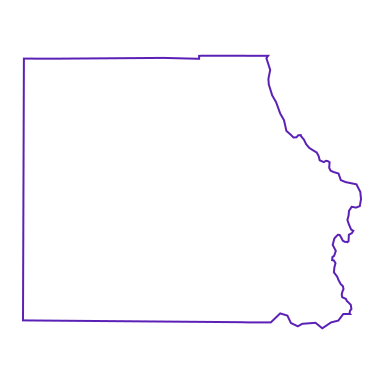 outline of Eagle, Colorado, United States of America
{"feature_id": "52423323B31771107435040", "entity_name": "Eagle", "entity_type": "district", "adm_level": 2, "iso_a3": "USA", "parent_name": "United States of America", "parent_adm1": "Colorado", "projection": "equal_earth", "projection_center": [-106.318, 39.637], "detail": "fine", "context": "isolated", "style": "outline", "palette": "violet", "viewbox_px": 384, "rotation_deg": 0, "n_neighbors": 0, "source": "geoboundaries", "source_scale": "gbopen_adm2", "svg_char_len": 1371}
<svg xmlns="http://www.w3.org/2000/svg" viewBox="0 0 384 384"><path d="M199.1,55.9L199.1,58.8L163.6,57.9L52.6,58.7L23.9,58.6L23.0,320.4L241.0,322.2L248.2,322.4L270.8,322.4L280.2,313.4L287.4,315.6L290.9,323.0L297.8,326.3L302.3,323.8L315.5,322.8L322.3,328.3L331.1,322.4L338.3,320.6L343.3,314.0L350.1,314.0L349.5,313.2L350.1,310.5L351.4,309.2L350.8,304.9L347.9,301.9L346.9,301.1L345.9,298.9L342.2,297.2L341.7,294.4L342.6,291.0L343.5,289.1L342.9,286.2L340.7,284.1L338.6,280.2L337.2,276.7L333.9,272.3L334.4,267.3L335.5,263.1L333.8,260.4L332.1,260.1L332.5,256.9L334.1,255.9L335.8,250.9L332.7,244.9L334.4,238.4L336.5,236.1L338.0,234.7L339.7,235.0L341.3,237.7L342.8,240.7L345.0,241.9L346.7,241.9L347.3,242.2L348.5,241.3L348.6,239.7L348.9,234.7L351.8,233.2L353.3,230.8L351.1,229.5L348.9,224.3L347.4,220.0L348.6,215.4L349.0,210.8L351.7,206.8L356.0,207.6L359.8,206.1L361.0,199.1L360.3,191.9L356.4,184.3L345.6,182.1L340.8,180.1L338.5,173.5L333.5,172.0L330.6,170.7L329.2,167.9L329.4,164.7L329.6,162.3L327.6,161.0L326.0,160.8L323.8,162.1L319.7,160.3L318.6,156.0L316.7,152.5L313.2,150.4L309.4,148.0L306.2,144.3L303.9,139.6L300.9,136.0L300.8,135.1L298.2,135.3L296.5,137.3L293.5,137.5L290.5,134.5L286.4,130.9L284.0,120.2L280.2,113.5L276.1,102.2L272.2,95.4L268.8,84.5L268.4,78.9L270.2,69.9L266.4,58.2L268.1,55.8L202.0,55.7L199.1,55.9Z" fill="none" stroke="#5b21b6" stroke-width="2"/></svg>